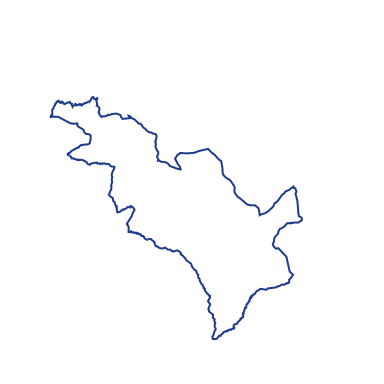 the district of Senga Hill, Northern, Zambia, rotated 63°
{"feature_id": "96606910B60229531220552", "entity_name": "Senga Hill", "entity_type": "district", "adm_level": 2, "iso_a3": "ZMB", "parent_name": "Zambia", "parent_adm1": "Northern", "projection": "robinson", "projection_center": [31.64, -9.277], "detail": "fine", "context": "isolated", "style": "outline", "palette": "blue", "viewbox_px": 384, "rotation_deg": 63, "n_neighbors": 0, "source": "geoboundaries", "source_scale": "gbopen_adm2", "svg_char_len": 6059}
<svg xmlns="http://www.w3.org/2000/svg" viewBox="0 0 384 384"><g transform="rotate(63 192 192)"><path d="M101.6,285.5L102.6,285.7L102.9,285.2L105.4,284.0L107.5,283.9L107.9,282.6L109.1,282.0L109.9,280.7L111.4,279.9L111.6,279.2L111.3,279.1L112.2,277.7L112.6,277.7L112.9,276.2L114.7,274.1L115.6,273.9L116.9,272.5L119.6,272.2L121.2,271.0L121.3,270.1L120.9,269.7L121.5,266.1L122.6,263.9L123.0,263.8L122.9,263.2L123.8,263.0L124.1,262.2L125.4,261.2L125.1,260.9L125.3,259.8L126.4,258.9L126.2,258.3L126.8,256.9L128.2,255.7L129.0,253.7L132.5,252.4L134.2,249.8L135.3,250.1L138.3,254.1L141.1,256.2L142.4,256.2L144.4,257.8L147.0,258.7L149.6,261.2L150.8,261.4L153.1,262.9L155.0,265.6L156.1,266.3L156.5,267.3L158.9,266.9L161.0,265.5L162.1,265.4L162.6,265.9L164.0,266.2L166.1,265.5L168.9,266.2L169.9,266.1L170.2,265.6L170.9,266.3L171.9,266.1L173.4,267.1L175.3,267.3L175.7,267.8L176.4,267.7L176.4,266.6L177.0,265.6L176.4,263.5L176.7,262.4L176.4,262.2L176.3,260.9L176.6,260.8L176.8,258.4L176.2,256.0L177.8,253.9L176.7,253.1L178.5,251.6L181.3,251.2L182.0,251.4L184.0,254.6L186.0,256.4L190.7,264.4L191.4,264.7L192.3,264.3L194.7,264.4L198.8,266.7L199.7,265.6L199.3,265.1L199.4,264.2L200.2,264.4L200.5,263.5L201.6,262.9L201.4,262.3L202.5,261.5L202.6,260.9L203.3,260.6L203.1,260.3L203.9,260.0L203.6,259.6L204.7,258.9L204.7,258.4L205.7,258.3L205.9,257.5L206.5,256.9L207.0,257.2L208.5,256.9L209.0,255.5L209.7,255.1L210.9,255.4L213.0,254.8L214.3,253.3L214.5,251.0L215.5,249.7L216.9,249.6L218.1,248.7L219.4,248.7L219.6,248.3L223.5,249.0L224.5,248.3L224.7,247.5L226.4,246.9L227.7,245.8L229.1,243.7L229.3,241.1L232.3,239.7L233.6,237.4L235.4,236.8L236.0,235.8L236.6,235.7L237.3,231.8L239.0,230.4L241.6,229.5L242.5,230.4L243.8,229.4L247.6,228.2L250.3,228.0L255.5,225.4L258.9,225.9L263.0,224.9L263.9,224.1L266.9,224.5L268.6,224.0L270.1,225.0L271.5,225.2L272.4,224.6L274.9,225.4L278.6,225.3L279.4,224.7L281.7,225.0L282.3,224.7L283.1,225.2L284.2,224.5L285.0,225.1L287.1,225.1L288.6,224.6L289.6,224.7L290.2,224.0L292.2,223.9L292.9,223.1L294.4,224.0L294.8,225.0L295.4,225.3L296.1,226.8L296.8,227.4L300.2,226.7L303.6,230.6L305.2,230.5L306.1,231.1L310.8,229.0L313.8,230.5L315.7,229.6L317.4,230.8L319.4,230.8L320.1,231.2L320.2,231.8L322.1,232.9L324.9,233.0L327.3,236.3L328.7,237.2L330.2,239.6L332.4,240.2L333.0,238.8L333.8,238.2L333.9,236.4L332.4,232.9L333.2,231.7L332.4,231.0L332.0,228.6L331.2,227.5L331.5,225.7L331.3,225.1L332.1,224.0L331.6,223.6L331.9,222.3L331.5,222.1L331.6,221.1L331.9,220.3L332.6,220.0L332.1,217.9L332.7,217.2L332.7,216.4L332.3,215.9L330.6,216.0L329.5,215.1L329.2,214.0L329.7,213.2L329.8,211.6L328.5,210.0L328.4,208.7L327.5,206.2L327.0,206.4L326.8,206.0L327.0,205.3L326.5,204.7L326.9,203.9L326.6,203.2L325.6,202.5L324.2,202.4L323.1,201.5L323.3,200.9L322.7,200.9L322.1,199.8L321.1,199.3L320.1,198.0L320.0,197.2L319.2,197.2L319.3,196.0L316.8,194.4L316.8,193.0L315.9,192.2L315.2,190.1L314.3,190.0L313.7,188.9L312.4,188.0L312.4,187.3L312.8,187.1L312.1,186.6L312.4,186.0L311.8,185.1L311.6,185.3L311.5,183.8L311.1,183.7L311.4,182.5L309.8,179.7L309.6,178.6L309.9,177.8L309.4,175.2L309.6,174.5L312.6,170.6L312.7,169.0L312.3,168.2L315.0,161.0L315.1,159.7L314.8,159.0L315.5,157.0L315.2,154.2L316.5,152.0L316.2,150.7L316.6,149.3L316.2,148.7L316.9,148.0L316.5,146.2L314.3,145.4L313.4,142.7L311.6,139.5L307.3,141.1L292.6,137.3L281.2,140.6L280.8,142.8L277.7,143.9L275.4,143.8L273.0,141.3L270.5,139.6L269.2,137.3L268.2,134.2L266.3,132.8L264.7,130.3L265.0,128.8L264.8,125.9L263.1,121.5L263.6,119.9L264.6,118.9L264.4,117.9L264.7,117.8L264.7,116.9L265.4,116.6L265.6,114.7L267.4,111.5L267.5,110.4L267.0,108.3L267.3,107.7L266.5,106.5L265.0,106.0L263.5,106.6L262.2,107.7L259.3,106.9L247.7,102.1L240.4,100.5L239.3,98.9L236.2,98.3L235.1,98.6L234.5,99.5L233.2,99.2L234.3,105.0L233.9,108.6L234.8,109.8L235.6,113.3L238.5,118.9L239.6,121.8L239.4,123.4L241.4,125.6L242.3,127.5L243.8,133.3L244.1,136.6L243.3,140.5L243.4,142.2L237.4,140.2L236.0,140.3L232.4,142.0L230.6,145.6L228.2,148.5L220.2,151.7L216.7,153.6L212.3,154.2L211.2,154.0L210.0,153.7L207.6,152.0L206.3,151.7L199.3,152.5L194.0,155.5L190.8,156.3L188.5,155.9L185.0,154.2L177.7,151.9L175.3,153.3L169.0,155.0L166.1,156.5L160.9,158.1L158.7,167.0L158.0,172.5L155.3,179.0L151.8,184.9L152.4,186.5L152.2,187.8L154.7,192.0L160.7,191.9L164.3,191.3L166.7,191.9L164.9,194.2L158.8,199.9L155.9,200.4L153.5,202.0L151.0,205.8L148.7,207.2L148.6,208.1L147.6,207.3L144.4,207.0L143.1,205.0L141.0,203.9L138.4,204.4L134.7,203.9L133.2,202.5L132.2,202.5L131.9,202.0L130.9,201.7L130.6,201.9L129.6,201.4L129.3,200.5L126.8,198.5L124.5,197.8L122.9,199.1L122.2,200.4L120.4,201.3L119.4,203.0L118.1,203.8L115.8,204.8L114.4,204.8L113.8,205.5L111.8,206.2L108.8,206.6L107.7,207.1L106.8,208.4L101.4,210.2L98.8,212.1L95.7,213.2L95.3,213.8L98.1,213.5L95.3,220.8L92.6,221.1L91.0,220.8L87.9,223.6L86.1,228.1L86.0,230.6L85.0,231.7L85.4,233.5L84.7,236.3L83.7,237.6L84.0,238.7L80.7,239.3L79.1,238.7L78.4,239.0L76.8,237.2L75.2,236.4L72.3,237.1L71.8,237.7L70.5,236.5L67.5,235.9L65.6,233.8L65.2,234.0L65.5,236.0L64.8,237.0L62.6,236.8L62.4,238.0L63.5,239.8L64.5,240.8L64.5,241.4L65.2,242.5L64.7,242.6L64.3,243.3L64.7,246.1L63.9,247.1L64.5,248.2L64.0,249.9L64.9,250.8L64.3,251.6L63.3,251.4L62.7,251.9L63.1,252.9L62.7,253.0L62.9,253.6L62.4,254.4L62.4,255.8L61.5,256.1L61.0,255.7L60.5,256.3L61.5,257.6L61.1,258.8L61.8,259.7L59.5,259.6L58.9,259.0L57.6,260.2L56.4,259.9L56.2,261.7L55.7,262.3L55.9,265.4L54.8,266.5L54.1,266.2L52.4,266.8L52.2,267.7L53.1,268.3L52.7,268.9L51.8,268.6L51.3,269.4L50.2,269.6L50.7,270.3L50.1,271.0L50.1,271.6L51.4,273.1L51.6,274.2L52.4,274.7L53.6,276.7L54.5,277.3L55.4,279.3L59.4,281.2L59.8,281.8L59.8,282.8L60.9,283.7L60.9,284.7L61.6,281.9L64.5,276.9L75.2,269.5L77.5,266.4L78.8,263.1L80.9,264.0L82.6,263.4L86.5,260.8L87.7,260.5L89.1,260.8L91.9,260.3L93.8,257.5L95.6,256.7L99.4,258.6L100.6,260.0L101.8,260.5L102.4,261.9L102.0,264.2L100.8,266.4L100.4,268.7L99.8,269.2L99.9,270.8L100.6,272.3L100.5,273.2L100.9,273.4L100.4,274.8L100.7,276.0L100.3,277.1L100.8,278.3L100.6,280.4L101.6,282.9L101.3,283.7L101.6,285.5Z" fill="none" stroke="#1e3a8a" stroke-width="2"/></g></svg>